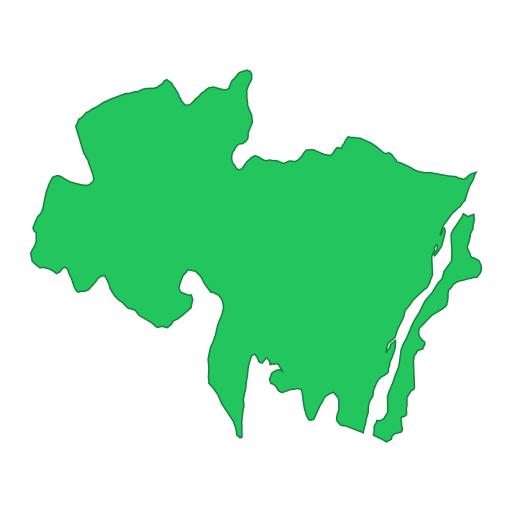 the district of Nasir, Bani Suwayf, Egypt
{"feature_id": "37247803B95648929265509", "entity_name": "Nasir", "entity_type": "district", "adm_level": 2, "iso_a3": "EGY", "parent_name": "Egypt", "parent_adm1": "Bani Suwayf", "projection": "equal_earth", "projection_center": [31.113, 29.186], "detail": "fine", "context": "isolated", "style": "filled", "palette": "green", "viewbox_px": 512, "rotation_deg": 0, "n_neighbors": 0, "source": "geoboundaries", "source_scale": "gbopen_adm2", "svg_char_len": 6032}
<svg xmlns="http://www.w3.org/2000/svg" viewBox="0 0 512 512"><path d="M49.7,269.1L53.8,271.4L56.4,273.6L59.7,272.0L62.8,268.1L64.8,267.3L67.4,268.8L69.5,274.8L71.5,278.6L74.2,287.0L76.3,290.8L78.2,292.2L80.8,291.4L84.7,291.3L88.6,289.7L96.2,281.1L97.5,278.8L100.7,276.4L102.6,275.6L105.2,276.3L109.3,284.6L110.0,288.4L114.7,296.0L119.3,300.5L121.9,302.0L127.9,308.0L135.1,310.1L139.1,315.4L151.6,322.7L156.8,327.2L159.4,327.1L162.0,326.3L167.3,327.7L171.1,324.6L173.6,320.7L177.5,319.1L182.6,315.1L190.9,308.0L192.7,299.6L191.3,295.0L188.1,295.1L180.9,292.2L178.9,288.4L180.1,283.0L183.2,275.3L186.4,272.1L187.6,269.8L195.5,271.2L200.7,276.4L204.8,284.0L210.8,292.3L212.7,292.2L218.6,295.2L222.0,299.7L223.4,305.0L223.4,308.8L222.2,313.5L221.0,317.3L219.1,321.2L217.3,326.6L215.5,335.1L213.0,342.0L210.5,347.4L208.1,359.0L208.9,368.2L208.4,377.4L209.0,382.1L208.8,383.3L213.2,388.0L217.9,394.8L221.9,403.9L233.3,421.2L236.0,428.8L236.8,435.0L240.1,437.9L242.0,437.1L241.7,421.8L242.8,411.8L244.0,405.7L243.3,399.6L244.5,393.4L245.7,388.8L246.2,382.6L247.4,375.7L247.9,369.6L249.1,363.4L251.6,355.7L254.8,354.1L257.5,357.9L258.8,361.7L260.1,362.4L262.1,363.1L266.5,357.7L269.9,361.4L269.9,364.5L271.2,364.5L271.8,363.7L273.8,364.4L275.1,363.6L278.4,364.3L282.4,371.1L279.8,369.6L275.9,370.5L272.0,372.9L269.5,379.1L270.9,383.6L272.2,383.6L275.5,385.8L278.8,391.1L282.1,392.6L291.2,389.3L294.4,389.2L297.6,388.4L301.6,389.8L303.0,397.5L303.0,399.8L304.5,408.9L306.6,415.8L308.6,419.6L310.5,420.3L313.8,419.4L320.0,405.5L322.5,401.6L323.8,398.5L325.7,396.2L329.6,393.8L333.4,392.2L336.7,396.0L338.7,399.0L338.9,409.7L337.1,415.1L336.5,418.9L337.2,421.2L340.5,425.0L343.1,425.7L345.1,425.7L362.1,432.2L363.2,432.8L363.9,428.9L365.5,423.8L366.3,418.8L368.2,412.4L368.2,409.3L368.7,404.3L370.4,399.9L372.9,395.8L373.4,390.7L376.1,383.9L378.0,380.3L380.6,377.4L386.3,374.1L388.3,371.9L388.5,368.4L389.6,365.6L389.8,362.1L391.6,358.7L394.4,350.8L395.1,348.1L395.4,345.4L395.6,340.5L395.0,340.3L394.0,342.0L391.4,343.6L390.6,344.6L389.8,347.6L388.0,349.3L387.2,350.7L386.8,352.3L386.3,352.3L386.2,350.7L386.4,348.5L388.3,343.2L392.5,339.9L395.1,337.1L397.6,329.2L402.5,319.5L404.2,315.3L404.9,310.9L410.0,304.7L412.8,300.4L419.1,294.2L423.9,289.9L427.1,287.5L429.7,282.6L430.8,279.1L432.5,275.0L431.7,256.5L434.4,250.4L434.4,248.1L435.6,245.7L436.7,244.7L437.4,245.4L437.3,247.3L436.9,249.6L433.7,254.3L434.5,255.8L435.7,254.7L437.8,252.2L441.7,245.9L444.5,235.2L445.1,231.7L445.0,229.8L444.4,228.0L443.2,228.0L441.0,234.9L440.4,235.0L440.4,233.6L442.8,226.4L452.4,213.1L455.2,210.9L457.7,208.2L460.0,206.7L461.5,204.8L462.7,202.6L465.0,200.5L465.6,197.9L469.4,186.5L473.3,179.5L475.0,173.9L476.0,172.4L471.1,174.0L468.6,175.6L465.4,178.7L463.4,179.2L458.9,178.1L455.6,176.6L448.4,176.0L430.2,172.6L425.0,172.7L420.4,172.0L415.8,170.6L409.3,166.9L401.4,163.2L396.8,161.8L396.2,160.3L394.2,158.0L391.5,154.3L388.9,152.8L385.6,153.6L383.7,152.9L375.8,146.2L371.2,143.2L360.0,138.1L357.4,138.2L354.2,137.5L350.9,137.5L348.3,136.8L345.8,139.9L343.9,143.8L342.6,145.4L341.4,148.5L338.8,147.7L336.8,147.8L334.9,150.1L333.0,153.2L330.4,155.6L323.3,154.2L313.4,149.8L306.3,150.0L303.8,153.1L301.9,156.2L298.0,160.1L294.8,161.7L291.6,161.0L289.0,161.1L285.7,162.7L283.2,163.5L278.6,161.3L276.0,160.6L273.4,160.7L269.4,160.0L265.6,160.8L262.3,159.4L259.0,157.2L255.1,155.7L251.8,157.3L246.7,162.0L241.7,169.0L238.4,169.9L235.8,167.6L235.1,166.1L232.4,162.4L231.7,159.3L231.7,156.2L232.3,153.2L235.4,147.7L238.0,144.6L239.9,143.8L242.5,143.7L245.7,141.4L247.6,139.0L248.2,136.0L248.1,132.9L252.5,122.1L251.8,117.5L251.7,115.2L249.0,109.1L247.6,105.3L247.6,103.0L246.9,98.5L246.7,90.8L247.3,88.5L249.2,83.9L251.7,79.2L251.6,73.9L249.9,71.1L248.3,70.9L247.0,70.1L239.2,72.6L234.2,78.8L232.2,80.4L229.7,85.8L229.1,88.1L226.6,89.7L224.6,89.8L220.7,89.1L213.5,87.0L209.0,87.8L206.4,89.4L203.9,91.8L201.3,93.4L198.7,96.5L195.5,98.9L193.0,102.0L190.4,104.3L188.5,105.1L185.2,105.2L181.3,100.7L180.6,98.4L179.2,96.9L178.6,94.6L175.2,88.6L173.2,86.3L171.8,83.3L166.6,79.6L164.0,81.2L162.7,83.5L158.9,85.9L157.0,87.5L153.7,88.3L146.6,88.5L142.7,89.3L137.5,91.8L134.3,91.8L129.1,93.5L125.9,93.5L112.3,98.5L103.3,102.5L97.5,106.5L92.4,108.9L89.2,111.2L85.9,112.8L84.0,115.2L80.8,118.3L78.9,119.1L76.4,125.3L75.7,126.1L83.7,152.9L88.3,160.9L88.5,162.3L93.2,175.4L93.7,179.3L93.3,181.1L89.2,184.8L86.8,185.4L81.2,184.9L69.5,181.7L59.6,175.9L56.6,175.6L55.3,176.4L52.7,177.2L50.2,181.8L49.1,184.1L46.2,192.1L42.6,209.7L40.6,213.8L37.5,216.9L32.9,227.8L34.2,231.2L36.2,232.7L36.3,240.4L35.1,245.0L32.0,250.4L30.7,253.5L32.2,261.2L36.1,264.9L40.1,267.9L43.6,267.4L49.7,269.1ZM463.4,213.7L462.1,216.7L453.3,229.6L451.1,234.3L451.2,240.0L451.9,248.4L451.9,254.5L451.5,261.2L444.1,271.3L442.2,278.7L438.2,282.8L432.1,292.7L425.0,300.9L419.7,311.8L413.8,321.3L411.3,326.7L406.6,338.2L403.7,343.3L401.2,349.4L398.9,366.2L395.0,376.1L392.8,382.8L389.2,391.3L387.5,396.7L387.7,412.2L383.8,418.7L380.4,420.7L376.7,420.5L376.7,421.8L374.2,426.2L374.0,433.0L373.3,435.1L382.1,439.3L386.4,441.9L391.4,439.2L392.0,436.1L394.6,433.8L401.0,432.1L402.3,430.5L402.2,427.5L401.6,426.0L401.5,422.1L400.8,419.1L401.4,417.5L405.3,415.9L406.6,414.4L406.4,408.2L407.0,405.2L406.9,397.5L411.3,390.5L413.3,389.7L414.5,388.1L413.4,360.6L414.0,358.3L414.0,356.0L416.5,352.9L416.5,352.1L417.8,350.5L422.9,348.9L422.9,347.4L424.2,345.8L424.8,344.2L424.7,342.0L422.8,340.5L421.4,339.0L420.1,337.5L419.4,335.9L418.8,335.2L418.7,331.4L419.3,328.3L432.1,315.0L441.7,309.4L444.9,307.1L446.8,304.7L446.8,303.2L447.4,302.4L448.0,297.0L447.9,294.0L448.5,290.9L449.1,289.3L450.4,288.6L451.7,287.0L452.3,285.4L456.2,282.3L460.0,280.7L462.0,280.6L467.1,279.0L471.7,278.1L473.6,277.3L476.9,277.3L480.0,273.4L481.3,270.3L481.2,265.7L479.2,261.1L478.5,260.4L474.6,258.2L472.0,257.5L470.6,256.0L469.9,253.7L467.2,247.6L467.2,246.8L469.1,241.4L470.3,236.0L470.3,234.5L471.5,231.4L472.8,229.3L473.0,226.4L474.2,220.3L473.9,214.3L467.9,216.6L463.4,213.7Z" fill="#22c55e" stroke="#15803d" stroke-width="1.5"/></svg>